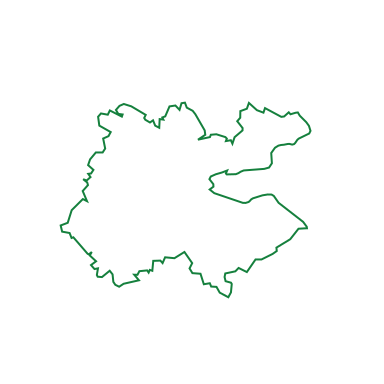 the Province of Namur, rotated 244°
{"feature_id": "BEL-3476", "entity_name": "Namur", "entity_type": "Province", "adm_level": 1, "iso_a3": "BEL", "parent_name": "Belgium", "parent_adm1": "", "projection": "albers", "projection_center": [4.867, 50.216], "detail": "fine", "context": "isolated", "style": "outline", "palette": "green", "viewbox_px": 384, "rotation_deg": 244, "n_neighbors": 0, "source": "natural_earth", "source_scale": "10m", "svg_char_len": 2445}
<svg xmlns="http://www.w3.org/2000/svg" viewBox="0 0 384 384"><g transform="rotate(244 192 192)"><path d="M189.7,214.6L187.4,213.6L186.5,209.0L181.2,211.5L159.9,233.0L158.7,235.4L158.2,238.5L158.7,240.3L159.4,241.9L159.6,244.0L158.1,253.9L156.6,258.9L154.8,262.4L152.6,263.8L144.3,265.1L116.4,278.8L110.5,279.9L109.0,279.4L109.6,278.1L112.3,271.6L106.5,259.6L105.0,243.5L101.8,242.3L101.0,237.3L100.9,224.8L103.5,219.5L96.0,206.2L103.3,200.6L101.7,196.2L104.2,186.2L101.3,184.0L97.1,183.1L93.4,187.3L91.9,187.4L84.7,183.0L81.5,178.5L89.4,172.8L96.0,172.4L98.6,167.8L102.2,168.0L103.9,162.2L114.8,163.8L118.9,156.8L124.4,156.3L128.0,161.0L141.4,158.9L140.2,147.2L145.1,139.2L141.0,134.4L144.2,133.5L147.1,127.0L138.6,121.8L140.5,119.9L138.6,117.7L141.2,117.3L143.9,110.0L141.5,106.7L143.0,103.8L135.9,105.6L139.5,90.3L138.8,85.0L142.2,82.4L145.7,81.9L152.8,84.5L157.3,83.5L155.0,73.8L157.2,70.1L159.1,70.1L164.6,74.0L165.5,70.6L170.6,69.2L171.8,75.4L179.8,72.3L182.0,75.6L181.2,72.0L182.2,71.1L203.3,65.5L203.5,63.6L208.8,64.0L213.3,57.9L219.5,59.3L218.8,66.8L228.4,75.9L233.5,90.8L229.8,93.6L240.8,94.2L243.8,101.5L246.5,102.0L251.2,99.8L248.5,102.4L249.9,107.3L253.8,106.7L252.9,109.4L255.1,113.1L261.7,110.4L266.0,114.7L269.7,122.9L266.7,129.0L269.1,133.0L279.0,135.6L278.8,141.4L281.5,145.2L292.3,137.8L300.8,140.6L302.5,144.6L298.4,150.2L301.3,153.9L290.5,162.0L292.1,163.6L294.5,160.0L299.1,159.6L301.2,164.6L301.0,169.3L295.6,175.0L281.6,184.2L279.5,181.5L277.4,181.7L272.9,184.7L273.5,188.4L267.8,188.0L264.1,190.7L271.7,194.9L269.6,198.0L272.0,198.0L271.7,201.1L278.8,209.3L277.0,215.0L271.3,216.8L276.4,221.5L275.4,224.8L270.1,224.3L264.7,228.2L260.5,229.1L241.8,230.4L237.6,229.0L236.4,220.3L233.5,232.2L235.2,234.0L233.2,239.2L226.7,246.1L224.7,246.7L222.9,244.8L221.5,249.6L217.7,249.5L222.6,254.3L225.2,264.4L227.3,265.5L235.8,263.7L237.6,267.9L243.5,270.9L242.8,277.8L247.1,282.2L237.1,286.2L232.0,291.0L235.4,294.4L220.4,305.2L219.5,307.9L221.2,313.9L218.7,314.6L217.8,319.9L217.1,322.0L213.4,322.3L204.7,325.3L200.2,326.1L195.0,325.3L193.2,323.0L193.2,311.3L192.7,309.5L190.8,306.2L190.3,304.7L190.7,302.8L192.5,300.7L193.2,299.1L194.2,295.3L195.2,292.7L195.8,290.0L195.4,286.0L192.3,280.3L182.8,276.4L180.2,272.0L181.1,267.1L188.7,247.9L188.9,244.6L188.6,242.0L188.8,239.2L192.6,230.9L193.8,230.6L195.9,233.0L196.4,227.5L197.5,221.1L197.7,215.7L195.9,213.3L189.7,214.6Z" fill="none" stroke="#15803d" stroke-width="2"/></g></svg>